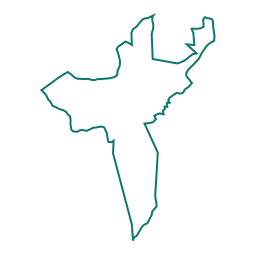 the district of Canguaretama, Rio Grande do Norte, Brazil
{"feature_id": "56859067B38788707888311", "entity_name": "Canguaretama", "entity_type": "district", "adm_level": 2, "iso_a3": "BRA", "parent_name": "Brazil", "parent_adm1": "Rio Grande do Norte", "projection": "natural_earth1", "projection_center": [-35.135, -6.417], "detail": "fine", "context": "isolated", "style": "outline", "palette": "teal", "viewbox_px": 256, "rotation_deg": 0, "n_neighbors": 0, "source": "geoboundaries", "source_scale": "gbopen_adm2", "svg_char_len": 1751}
<svg xmlns="http://www.w3.org/2000/svg" viewBox="0 0 256 256"><path d="M214.1,40.8L214.5,36.2L214.0,32.1L213.4,28.4L213.1,25.4L213.0,22.0L212.2,19.4L209.5,18.4L207.3,18.2L204.9,17.2L203.2,19.6L203.6,26.8L200.7,28.2L197.3,28.9L194.4,28.6L191.6,28.8L193.4,33.3L194.3,45.0L186.8,44.4L196.5,53.5L192.9,54.1L190.1,56.1L185.2,60.2L180.7,62.3L177.0,63.4L152.7,59.0L151.7,33.6L153.2,28.5L153.3,24.6L152.5,21.6L152.2,17.7L153.5,15.4L148.3,17.9L144.6,18.5L142.6,19.4L139.5,23.0L136.6,26.6L132.9,29.3L131.4,32.9L131.9,45.0L128.5,42.9L125.3,41.6L117.9,46.9L116.6,49.1L118.2,53.5L120.0,60.9L119.7,66.0L117.6,70.7L117.1,75.0L114.8,76.9L109.5,78.3L102.3,78.9L97.7,79.1L94.2,80.2L91.4,79.8L87.9,78.8L85.2,79.1L77.6,78.7L74.5,77.5L71.3,74.5L67.7,72.0L60.5,76.4L58.7,77.6L41.5,90.1L45.9,94.7L48.3,99.7L50.2,101.3L52.4,105.7L56.1,107.3L59.7,109.1L63.7,110.4L66.3,112.0L67.5,114.2L70.1,116.2L70.6,120.2L70.4,123.6L71.2,129.3L72.9,131.3L77.3,131.8L79.6,130.5L81.7,129.9L86.9,130.8L93.7,127.6L95.9,127.6L99.2,126.8L101.8,126.6L104.3,127.4L105.2,129.7L106.8,132.8L107.4,137.5L108.5,142.0L111.5,142.2L113.6,140.6L113.2,150.4L113.0,153.2L129.1,214.0L131.9,224.9L133.0,240.6L134.0,237.4L136.8,235.7L139.7,230.7L141.6,227.3L143.6,225.1L147.6,223.0L149.3,219.5L151.7,214.9L152.2,211.6L156.6,206.3L156.4,202.8L155.5,198.7L155.2,195.6L157.8,152.6L144.5,123.6L147.6,123.3L149.9,122.9L153.0,122.2L156.0,119.1L154.3,115.8L157.2,114.3L159.9,113.4L163.6,114.3L162.9,110.6L164.8,109.1L164.7,106.5L167.3,106.9L167.0,102.9L169.6,102.7L168.2,100.4L169.7,97.6L176.7,92.8L179.0,93.4L181.8,93.4L183.5,92.1L184.7,89.6L188.7,86.8L192.0,83.0L186.5,76.2L186.2,73.1L188.3,69.5L192.8,65.2L199.0,58.5L201.9,52.8L207.0,45.5L210.3,42.9L214.1,40.8Z" fill="none" stroke="#0f766e" stroke-width="2"/></svg>